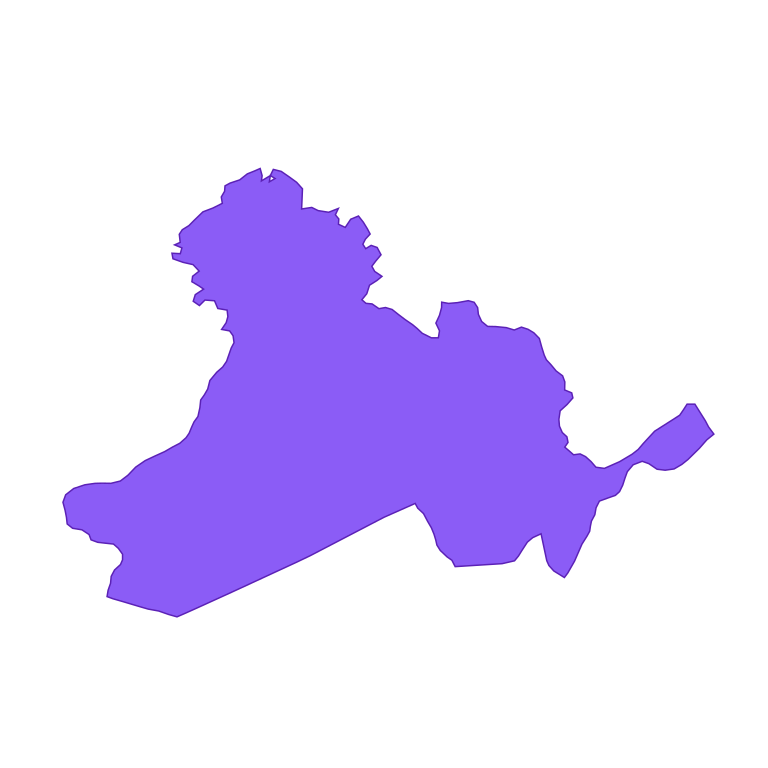 outline of Araquari, Santa Catarina, Brazil, rotated 87°
{"feature_id": "56859067B70811367539242", "entity_name": "Araquari", "entity_type": "district", "adm_level": 2, "iso_a3": "BRA", "parent_name": "Brazil", "parent_adm1": "Santa Catarina", "projection": "natural_earth1", "projection_center": [-48.775, -26.443], "detail": "fine", "context": "isolated", "style": "filled", "palette": "violet", "viewbox_px": 768, "rotation_deg": 87, "n_neighbors": 0, "source": "geoboundaries", "source_scale": "gbopen_adm2", "svg_char_len": 3338}
<svg xmlns="http://www.w3.org/2000/svg" viewBox="0 0 768 768"><g transform="rotate(87 384 384)"><path d="M586.7,214.0L582.4,210.4L570.9,203.0L554.3,194.7L546.5,189.2L541.8,186.3L536.7,185.3L531.7,184.0L525.6,180.3L518.7,178.7L512.2,175.0L509.5,166.2L507.3,158.7L503.8,154.4L497.5,150.9L490.4,148.2L484.3,145.6L477.7,139.4L474.7,130.2L477.4,123.7L483.4,115.8L484.8,107.7L484.0,98.7L479.9,90.8L475.3,84.4L464.6,72.3L456.7,64.6L451.3,57.2L443.9,62.1L437.6,65.0L420.4,74.6L420.0,82.4L425.8,86.6L430.6,90.3L435.3,98.5L445.3,116.2L457.0,128.2L462.7,133.6L467.1,139.9L473.9,152.8L479.8,168.3L478.2,176.7L472.3,181.3L467.1,186.5L464.1,191.8L464.6,198.4L460.2,202.9L456.5,206.8L452.0,203.3L446.3,204.1L441.8,208.5L435.3,211.0L428.5,211.2L420.0,209.5L414.0,202.2L407.8,196.1L402.7,197.0L399.4,203.9L391.4,203.3L385.2,205.2L380.0,211.4L373.8,216.0L368.3,220.6L363.5,222.5L355.3,224.6L346.6,226.5L340.7,231.7L336.9,237.3L334.4,243.8L336.9,251.1L334.1,258.9L332.5,269.5L331.9,277.5L326.7,283.2L319.4,286.1L312.6,286.5L307.1,289.7L305.2,295.5L306.6,306.4L306.9,315.3L305.3,322.1L310.7,322.5L318.3,325.0L325.9,329.0L333.8,325.8L340.7,327.3L340.4,334.2L335.4,343.1L330.3,348.0L326.3,352.3L320.8,359.5L315.3,366.0L310.0,372.0L307.7,378.5L308.5,385.1L303.4,391.7L302.5,397.8L298.7,401.7L293.0,396.5L284.6,393.3L280.3,385.7L276.4,380.4L271.1,387.4L265.8,390.0L260.7,385.7L254.8,380.2L247.3,383.7L244.9,389.6L247.9,395.2L243.3,397.8L238.4,395.0L233.5,390.0L228.1,392.5L221.3,396.2L214.9,400.7L217.7,408.6L225.6,414.5L222.1,421.1L216.8,420.5L212.5,423.7L206.3,420.4L209.6,430.3L207.4,440.7L203.9,446.9L204.9,457.1L194.4,456.1L184.8,455.2L178.0,460.7L172.4,467.6L166.3,475.5L163.9,483.3L169.9,486.6L174.8,495.8L169.6,494.8L162.3,496.4L164.4,501.9L167.0,509.5L172.6,517.4L175.3,527.2L177.8,532.4L183.2,533.1L188.7,536.7L195.1,536.0L199.3,545.6L202.6,555.8L210.6,565.0L215.6,570.5L219.4,577.4L223.8,580.6L231.9,580.1L234.1,585.8L237.5,578.7L243.2,580.6L242.3,588.9L247.9,588.2L252.0,578.3L254.8,568.4L261.6,562.7L266.4,569.5L271.8,570.5L276.4,563.6L279.8,559.2L284.9,567.8L291.4,570.2L296.0,564.2L290.8,558.4L292.0,548.9L299.9,546.0L302.0,536.8L308.6,536.4L314.5,538.4L321.0,543.3L322.9,535.4L327.9,532.2L334.9,531.6L340.1,534.7L345.0,536.7L353.1,540.0L358.6,544.2L363.5,550.4L371.4,557.7L379.8,560.3L385.5,564.0L390.4,567.9L398.0,569.1L406.7,571.5L411.9,575.7L417.1,578.4L423.0,581.2L427.3,584.5L432.5,591.0L435.8,598.3L440.0,606.5L444.0,616.7L448.0,626.5L454.0,636.3L461.7,644.5L467.1,652.4L468.9,661.9L468.3,670.7L468.1,677.8L469.0,688.0L472.1,699.3L478.0,707.7L485.3,710.8L493.3,709.1L500.5,708.1L507.2,707.7L511.8,702.5L513.8,693.3L518.9,686.4L524.3,684.7L527.1,678.2L528.2,671.7L529.7,662.5L534.2,657.9L540.3,654.0L545.9,654.3L550.5,656.6L555.6,662.8L561.8,666.5L568.7,667.5L575.5,670.3L581.8,671.7L584.2,666.1L587.7,656.0L591.2,646.2L593.9,638.6L596.4,631.4L598.9,620.9L602.9,611.1L605.7,602.9L602.1,593.3L597.4,581.2L583.9,546.9L557.3,480.4L551.6,466.7L517.1,391.0L504.9,359.1L509.8,356.8L515.5,351.3L523.3,347.7L530.1,344.2L536.7,341.9L542.4,340.5L547.6,339.6L553.2,336.5L560.0,330.0L563.6,325.4L570.1,322.5L569.6,275.4L567.4,262.9L562.8,258.7L557.9,255.3L549.4,249.1L545.2,243.5L541.8,235.0L569.0,230.7L573.9,228.8L579.6,224.2L586.7,214.0ZM169.9,486.6L173.1,482.0L176.1,487.9L169.9,486.6Z" fill="#8b5cf6" stroke="#5b21b6" stroke-width="1.5"/></g></svg>